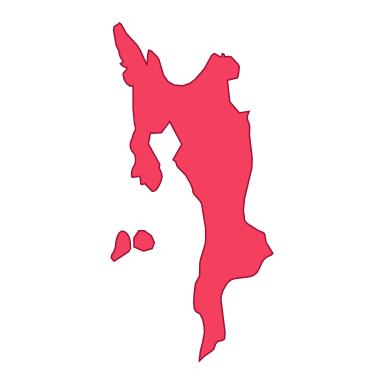 Leyte, Equal Earth projection
{"feature_id": "PHL-2583", "entity_name": "Leyte", "entity_type": "Province", "adm_level": 1, "iso_a3": "PHL", "parent_name": "Philippines", "parent_adm1": "", "projection": "equal_earth", "projection_center": [124.655, 10.871], "detail": "fine", "context": "isolated", "style": "filled", "palette": "rose", "viewbox_px": 384, "rotation_deg": 0, "n_neighbors": 0, "source": "natural_earth", "source_scale": "10m", "svg_char_len": 2558}
<svg xmlns="http://www.w3.org/2000/svg" viewBox="0 0 384 384"><path d="M159.7,164.3L159.2,168.0L161.3,172.5L162.1,177.1L160.4,182.7L157.8,187.7L155.7,190.2L153.3,191.3L152.0,191.1L145.3,184.2L145.0,183.5L142.0,184.6L140.9,184.0L140.1,177.1L139.1,176.1L136.9,176.8L134.6,176.9L132.7,177.5L131.6,176.4L131.7,171.6L132.6,168.4L135.1,163.9L135.6,160.0L135.1,155.3L133.8,153.1L132.1,151.3L130.5,148.0L130.2,144.0L131.2,140.4L132.5,137.4L133.5,133.5L135.2,130.2L135.6,128.5L135.4,126.7L134.5,123.7L133.1,108.3L133.1,85.7L130.0,86.1L126.7,83.6L124.1,79.3L123.1,74.7L123.6,72.6L126.3,70.1L126.9,67.9L124.0,66.7L121.8,65.4L120.4,63.7L122.9,61.9L122.3,59.9L120.5,57.4L119.4,54.4L118.8,50.8L116.2,45.3L113.6,30.5L114.2,26.5L115.0,26.2L118.8,23.7L119.4,23.0L121.4,24.5L126.1,33.2L136.9,45.0L140.2,50.2L147.0,65.3L147.7,54.9L148.7,50.2L151.2,50.9L156.8,56.4L158.9,59.5L163.4,74.8L167.9,81.5L174.4,85.2L183.2,85.7L189.7,83.5L195.3,79.3L204.4,68.7L211.5,55.7L213.9,53.6L215.5,54.1L219.2,56.3L221.4,56.8L222.1,56.3L222.0,54.1L222.6,53.6L223.8,54.1L224.4,55.2L224.6,56.3L224.5,56.8L229.2,56.5L230.8,56.8L232.6,58.3L236.5,62.7L237.7,63.7L239.2,66.3L238.8,72.1L237.6,77.8L227.4,80.3L229.8,101.9L239.4,112.9L249.2,111.4L247.5,115.4L247.1,116.8L247.5,119.7L249.3,124.5L249.7,126.8L249.4,134.7L252.1,157.6L251.8,168.0L244.5,198.5L243.3,210.1L244.7,220.6L247.1,223.5L258.1,230.5L262.6,232.3L264.2,233.3L264.9,235.3L266.1,242.5L272.9,253.3L271.1,255.1L267.1,256.8L264.2,259.1L261.9,262.4L259.9,267.0L256.9,272.7L253.3,275.5L249.0,276.8L235.6,278.4L231.6,279.5L228.2,282.0L225.8,285.3L223.2,290.0L221.3,295.2L220.9,299.5L225.0,332.3L224.6,338.7L222.8,340.2L218.7,341.2L216.9,342.1L215.5,344.2L213.9,348.8L212.3,350.6L204.4,356.1L199.3,361.0L199.3,360.8L200.4,351.2L202.9,341.2L204.5,332.0L204.1,326.4L202.8,319.7L200.2,314.1L196.3,311.8L194.4,309.2L193.8,303.0L194.0,296.3L195.3,284.9L195.7,283.1L196.7,280.9L199.1,277.0L199.6,275.4L199.8,264.3L200.5,259.4L205.2,244.2L205.7,239.5L205.6,228.1L201.7,204.2L200.7,201.8L194.2,194.3L193.2,192.7L192.4,188.2L190.5,183.4L185.7,175.1L178.1,167.4L176.9,165.7L175.7,161.6L173.0,159.7L181.8,144.3L169.7,121.6L161.4,132.7L150.3,133.3L148.4,144.0L159.7,164.3ZM128.6,236.2L129.6,239.1L130.2,242.2L130.5,248.6L128.4,251.8L114.1,261.2L111.1,257.8L111.9,254.6L114.2,251.1L115.5,246.8L115.7,243.4L116.5,239.6L117.6,236.0L119.1,233.1L121.5,231.2L124.2,231.5L126.7,233.3L128.6,236.2ZM144.4,230.7L151.3,235.8L154.4,242.5L152.2,248.5L143.7,251.1L134.0,246.9L133.9,238.1L138.8,230.7L144.4,230.7Z" fill="#f43f5e" stroke="#9f1239" stroke-width="1.5"/></svg>